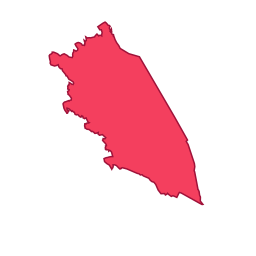 SVG path tracing the border of Qaraghandy, rotated 240°
{"feature_id": "KAZ-3203", "entity_name": "Qaraghandy", "entity_type": "Region", "adm_level": 1, "iso_a3": "KAZ", "parent_name": "Kazakhstan", "parent_adm1": "", "projection": "robinson", "projection_center": [73.067, 48.605], "detail": "fine", "context": "isolated", "style": "filled", "palette": "rose", "viewbox_px": 256, "rotation_deg": 240, "n_neighbors": 0, "source": "natural_earth", "source_scale": "10m", "svg_char_len": 4011}
<svg xmlns="http://www.w3.org/2000/svg" viewBox="0 0 256 256"><g transform="rotate(240 128 128)"><path d="M65.3,123.8L68.2,123.3L69.5,122.0L71.4,121.2L74.1,120.9L78.9,117.3L80.5,116.9L81.2,115.2L82.8,114.7L84.1,113.3L93.1,106.6L96.5,103.2L96.6,102.3L96.3,101.9L96.5,101.6L96.6,101.4L96.4,101.1L96.5,100.5L97.3,100.2L101.3,99.2L102.7,98.1L103.6,96.7L102.2,96.0L101.7,95.4L101.2,95.1L100.9,94.0L100.4,93.3L105.2,93.3L107.7,91.9L109.1,91.4L110.6,90.9L113.5,91.9L113.3,93.7L113.0,94.8L112.7,95.5L112.4,97.0L111.7,99.0L110.9,100.5L115.4,101.7L117.0,101.4L117.7,101.0L117.6,99.9L118.0,100.2L118.7,100.2L119.5,99.2L120.1,98.1L121.1,97.9L121.3,98.5L122.2,98.4L123.2,99.4L123.7,99.6L123.5,100.5L124.5,100.8L125.9,100.7L129.3,99.9L130.2,99.9L130.5,100.6L131.3,101.2L130.2,102.6L130.7,103.9L135.1,102.5L136.0,99.7L137.8,99.1L138.5,99.6L139.0,100.0L139.2,98.4L139.8,96.7L140.3,96.4L141.1,96.4L142.5,95.7L143.0,95.3L143.0,94.8L143.3,94.5L144.8,94.2L145.4,93.8L146.1,93.6L147.5,91.8L148.9,91.2L149.1,90.8L149.6,90.9L150.0,91.2L150.7,91.1L151.1,91.6L151.7,91.6L153.2,92.7L152.5,93.6L152.9,93.9L152.7,95.0L152.4,95.8L152.0,96.3L152.0,97.0L152.6,96.6L154.1,96.4L157.7,96.7L157.9,94.9L158.6,94.7L159.1,94.2L160.7,94.7L161.5,94.1L161.0,93.9L160.9,93.2L161.3,92.9L161.2,92.7L161.3,92.2L162.3,91.9L162.8,91.6L163.3,91.5L164.5,91.3L165.1,90.6L165.1,90.0L166.2,89.0L168.5,89.4L168.8,89.0L169.5,88.7L170.8,88.2L170.5,87.6L171.3,87.3L173.7,86.7L175.0,85.8L175.7,85.1L175.1,84.7L173.8,84.4L173.1,85.1L172.4,85.3L172.4,85.0L172.1,84.3L171.3,83.4L171.1,83.0L171.4,82.4L172.1,82.5L174.6,82.2L177.1,82.4L181.4,83.8L181.8,84.5L182.1,85.4L182.2,86.1L181.9,87.0L181.4,90.2L180.8,90.4L181.0,91.6L180.6,92.8L182.1,93.9L185.3,93.6L186.4,93.3L187.1,92.9L187.5,93.3L188.4,93.4L189.9,94.0L189.8,95.3L190.7,96.2L191.9,95.3L193.4,96.4L193.9,96.4L194.6,97.1L195.0,97.8L194.7,98.1L195.6,99.1L196.8,99.8L195.3,100.7L193.9,101.2L193.7,101.7L193.1,102.2L193.9,103.3L195.2,103.6L198.3,102.1L199.7,101.2L203.5,101.2L204.2,100.4L205.4,100.7L210.5,99.9L212.2,100.5L213.1,99.2L213.7,99.1L214.5,98.8L216.0,98.7L217.7,99.2L217.9,97.2L218.4,95.4L221.2,92.9L223.1,93.0L224.3,94.0L227.0,94.7L230.0,95.9L230.6,97.1L230.5,98.8L230.8,99.8L231.6,100.3L230.8,101.6L227.8,103.9L226.3,104.6L225.1,104.8L224.4,105.4L224.3,105.9L224.4,106.4L224.5,107.1L224.5,108.0L224.2,109.8L221.5,111.5L218.8,112.5L216.9,114.9L217.8,116.1L219.4,116.8L220.7,118.0L220.8,118.7L222.7,120.0L221.8,120.8L220.5,121.3L220.6,123.3L221.8,124.3L224.8,124.0L227.1,124.1L227.3,125.9L227.1,126.8L227.0,127.6L225.8,128.8L224.0,129.8L222.6,129.8L222.1,130.4L221.9,131.2L221.3,131.6L221.7,132.2L222.8,132.7L223.1,133.4L224.5,133.5L225.8,133.9L224.4,134.4L224.7,135.7L226.4,136.5L228.0,137.0L226.2,137.9L225.7,139.4L224.8,140.6L223.6,144.7L223.9,145.1L224.3,145.9L224.9,148.1L222.4,148.7L222.5,149.3L222.2,150.3L221.6,151.0L221.0,151.3L221.8,151.7L223.5,153.3L226.4,154.0L227.1,152.7L230.8,152.5L231.3,158.7L231.2,161.1L230.0,161.6L229.7,161.7L229.3,161.7L228.3,162.0L227.2,162.1L226.9,162.2L226.6,162.4L226.4,162.6L226.3,162.9L226.1,163.1L225.2,163.3L224.8,163.2L224.8,162.8L224.3,162.2L223.8,161.8L223.2,161.6L222.5,161.7L222.1,161.8L221.8,161.8L221.7,161.7L221.0,161.0L220.7,160.8L220.5,161.0L220.6,161.5L221.1,162.1L221.7,162.6L222.1,163.1L221.7,163.0L220.9,162.5L219.6,162.1L219.2,161.9L219.0,161.5L219.1,161.4L219.1,161.1L218.8,161.2L218.5,161.3L218.2,161.3L217.5,161.1L217.3,161.1L216.6,161.3L216.4,161.5L216.3,162.0L216.1,162.1L215.9,161.9L214.7,161.3L214.6,161.6L214.4,161.5L213.6,161.5L211.3,161.0L207.6,160.8L204.0,161.2L200.8,161.0L191.9,165.9L184.0,173.5L114.1,173.8L87.8,173.5L87.4,171.8L86.0,171.7L83.7,171.8L64.0,167.7L61.1,166.5L57.9,163.9L56.7,163.8L40.4,158.1L40.0,157.8L39.2,158.0L37.4,157.8L34.0,156.4L32.0,156.2L28.6,154.1L24.4,154.7L24.7,153.9L27.2,152.3L45.1,141.6L46.5,140.3L46.0,139.3L43.5,135.6L46.9,133.1L47.1,131.3L50.1,130.0L51.7,129.6L51.2,128.4L51.3,127.4L51.3,126.9L52.9,126.9L54.6,123.7L59.1,123.1L65.3,123.8Z" fill="#f43f5e" stroke="#9f1239" stroke-width="1.5"/></g></svg>